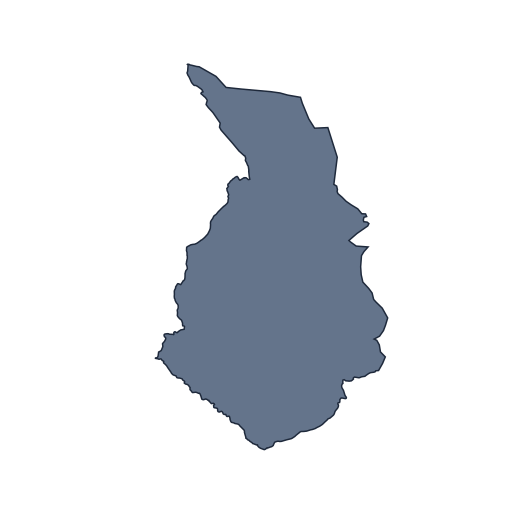 the district of Breznita-Ocol, Mehedinti, Romania, rotated 215°
{"feature_id": "2599482B17727183670261", "entity_name": "Breznita-Ocol", "entity_type": "district", "adm_level": 2, "iso_a3": "ROU", "parent_name": "Romania", "parent_adm1": "Mehedinti", "projection": "orthographic", "projection_center": [22.598, 44.702], "detail": "fine", "context": "isolated", "style": "filled", "palette": "slate", "viewbox_px": 512, "rotation_deg": 215, "n_neighbors": 0, "source": "geoboundaries", "source_scale": "gbopen_adm2", "svg_char_len": 6159}
<svg xmlns="http://www.w3.org/2000/svg" viewBox="0 0 512 512"><g transform="rotate(215 256 256)"><path d="M89.9,232.5L90.7,240.6L92.2,247.5L99.0,248.8L104.0,253.9L108.7,256.2L111.6,255.7L108.8,261.2L108.8,268.0L110.2,273.5L112.6,280.8L122.7,285.7L131.3,287.1L134.7,287.9L139.7,292.3L145.1,294.1L153.5,295.9L159.1,301.0L164.1,307.2L169.8,316.8L170.1,321.5L169.4,327.7L179.6,321.6L186.8,321.7L188.8,322.0L186.2,332.4L181.7,344.7L182.1,347.3L184.4,347.5L187.4,345.9L188.7,347.0L189.8,349.6L188.0,351.8L190.4,353.3L193.6,351.3L199.6,353.0L207.3,352.5L213.6,352.5L219.1,353.5L224.7,354.1L226.6,355.4L227.3,357.0L230.0,359.5L233.3,359.3L246.1,383.5L270.8,402.4L281.3,394.3L291.3,398.5L305.7,407.7L310.6,411.5L322.3,406.0L329.9,403.3L338.5,398.9L364.0,384.2L377.2,376.9L391.8,380.2L411.1,378.4L413.3,377.2L418.0,375.4L419.5,374.7L420.7,374.6L421.6,374.2L422.0,373.9L422.1,373.6L421.1,373.4L418.0,368.2L417.5,366.4L415.4,365.0L413.8,364.4L411.2,362.9L408.9,361.5L407.5,360.9L405.0,360.3L404.3,360.4L403.0,361.2L401.1,361.4L396.6,361.3L395.2,361.0L393.6,360.1L394.2,359.2L394.5,358.6L394.2,357.4L392.1,357.2L390.0,356.9L388.5,356.8L386.4,356.1L385.4,355.6L385.0,355.1L384.5,353.4L383.7,351.4L380.1,350.2L373.6,348.8L362.0,344.5L361.5,344.2L359.8,340.6L356.8,339.1L339.8,334.9L330.0,332.2L323.2,331.4L323.0,331.5L322.8,331.7L321.3,330.8L320.4,330.0L319.6,328.3L318.8,327.8L317.3,327.1L314.9,325.5L313.9,325.2L311.1,322.2L310.6,321.3L307.0,317.1L305.1,315.3L305.6,314.6L306.1,314.2L306.5,314.1L307.2,314.3L309.0,314.4L310.0,313.8L310.4,313.2L310.7,313.2L312.4,309.4L312.6,308.9L312.8,308.8L314.0,309.1L315.9,310.1L317.1,310.3L317.6,309.7L318.2,308.5L318.6,306.9L319.1,305.9L319.3,304.2L319.7,303.2L319.8,302.6L319.8,300.1L320.2,298.7L319.6,297.7L318.5,297.1L318.6,294.5L318.1,294.1L317.0,292.8L316.2,292.5L313.6,290.6L313.4,290.4L313.3,289.5L313.1,288.6L312.9,288.4L312.0,288.0L311.7,287.7L311.5,287.3L311.1,286.1L310.3,284.8L309.9,283.9L309.8,282.7L310.0,281.4L310.5,279.2L310.9,278.3L311.6,274.9L311.9,272.8L312.3,270.8L312.5,267.4L312.8,266.3L313.1,265.8L313.4,264.6L313.4,264.2L313.0,262.0L313.0,259.5L312.8,258.0L312.1,256.7L311.2,255.6L309.3,252.5L308.7,250.3L308.1,246.2L308.3,244.9L308.7,241.8L309.1,240.0L309.7,238.0L310.3,236.9L310.4,236.2L311.3,233.6L311.8,232.4L312.9,230.6L314.5,229.2L315.8,227.8L317.5,224.4L317.8,223.4L316.1,220.6L314.4,219.2L313.1,217.3L312.7,216.8L312.4,216.8L310.8,214.5L310.3,213.0L309.7,211.9L309.7,211.6L309.4,211.2L309.0,210.4L308.8,209.8L308.2,209.1L306.6,208.0L305.5,206.9L304.9,206.1L305.0,203.6L304.7,202.6L304.3,201.7L304.0,200.8L303.3,199.9L301.7,197.4L301.0,195.9L301.1,194.3L301.5,193.5L301.3,192.9L301.3,190.2L301.2,189.5L301.4,189.3L303.4,188.9L304.1,188.5L304.3,188.1L304.1,184.6L303.4,183.4L303.1,181.3L302.8,180.4L300.6,177.4L300.0,176.3L298.7,174.7L297.4,174.0L296.9,173.4L296.3,173.0L294.4,172.0L292.7,171.6L291.2,170.7L290.6,169.7L290.1,169.1L289.7,168.0L289.5,166.5L287.8,164.6L286.2,162.0L284.9,161.4L283.8,161.1L282.3,160.8L280.2,160.7L277.7,158.9L276.7,157.5L276.0,156.8L274.9,157.3L274.2,157.3L272.8,154.8L275.3,152.2L275.7,151.0L276.4,149.4L276.4,148.9L276.3,148.6L276.5,148.1L276.7,147.9L277.2,147.7L278.9,147.5L279.3,147.0L279.4,146.2L278.4,144.7L278.4,144.4L279.2,144.1L282.0,142.3L283.1,142.1L283.8,141.7L285.3,140.4L285.9,139.8L286.1,139.3L286.1,139.0L286.0,138.5L285.4,137.9L284.7,137.4L283.4,137.3L282.8,136.9L282.3,136.0L282.0,133.6L282.3,130.7L282.1,130.3L281.1,129.3L280.3,128.2L279.4,124.2L280.3,122.1L280.7,121.5L278.8,117.8L278.6,116.9L278.8,115.8L279.8,114.9L279.6,114.5L277.6,115.4L276.2,115.8L275.1,117.0L274.5,117.2L272.9,116.6L271.2,116.8L271.0,116.6L270.8,116.0L270.4,115.5L270.0,115.4L267.9,115.2L265.9,114.7L264.4,114.0L258.4,111.8L258.1,111.5L256.2,111.1L255.2,111.2L252.8,111.9L251.1,111.0L249.8,111.4L248.6,112.2L246.1,113.0L244.9,112.4L242.9,112.4L242.2,112.0L242.1,111.3L241.9,110.8L240.4,110.7L239.5,111.0L238.5,111.4L236.9,111.3L235.7,110.7L234.6,110.5L233.6,108.9L233.2,108.6L232.2,108.5L230.4,107.8L229.5,107.8L227.2,109.9L226.4,110.1L226.1,110.3L224.4,110.5L223.7,111.1L223.2,111.1L221.9,110.4L220.3,109.3L218.4,107.7L217.3,107.8L216.5,108.2L215.3,109.9L214.1,110.4L212.6,110.3L212.0,110.6L211.7,110.7L211.0,110.0L210.5,110.1L208.0,109.5L207.5,109.7L207.1,110.3L206.6,110.8L205.7,111.0L204.8,110.5L205.1,109.7L205.0,109.2L203.7,107.8L203.2,107.8L201.0,108.8L200.2,108.9L199.9,108.8L198.5,107.1L197.8,106.8L197.1,106.9L196.5,107.2L196.2,107.6L195.4,108.8L195.1,109.0L194.2,109.0L193.2,108.5L192.4,107.9L191.4,107.9L190.8,108.2L189.9,108.9L188.7,108.1L187.9,107.9L187.2,108.3L186.3,109.3L185.7,109.3L184.0,107.9L183.6,107.3L181.9,106.1L181.2,105.8L180.7,105.7L178.4,106.6L177.8,106.6L177.2,106.7L174.8,107.8L173.4,108.1L171.9,107.6L166.9,106.7L166.2,106.6L165.5,106.3L165.0,105.9L164.2,104.8L160.5,101.8L159.7,100.9L158.9,101.1L158.1,100.8L157.2,100.7L156.1,101.0L154.7,100.7L152.3,100.8L151.0,100.5L150.3,100.8L147.3,101.5L146.5,102.1L146.1,101.6L145.8,101.5L144.4,101.1L143.4,101.0L141.5,101.2L140.5,101.5L138.2,102.1L137.6,102.9L137.2,104.2L136.7,104.6L136.9,105.2L135.9,105.9L134.8,107.6L133.8,108.8L133.2,110.6L133.8,113.2L133.7,114.6L133.4,115.0L132.1,116.6L131.2,117.2L130.1,117.7L128.9,118.7L125.4,123.1L122.4,126.5L121.9,127.4L120.7,130.4L120.4,132.0L119.0,137.0L118.5,138.0L116.1,139.8L114.0,141.7L111.5,145.0L110.4,146.1L109.0,148.0L108.5,148.7L107.7,150.5L106.2,153.1L105.0,156.2L104.3,159.9L103.7,162.3L103.7,162.7L103.6,163.8L103.4,164.2L102.4,165.7L101.3,170.0L101.3,171.0L101.4,171.7L102.1,174.0L102.1,175.1L101.9,177.7L101.9,178.5L102.2,179.9L102.9,181.2L103.9,181.6L104.4,182.2L104.5,182.9L103.5,183.9L104.0,185.2L105.0,186.5L104.8,188.5L103.7,189.2L101.0,190.4L100.6,190.9L100.5,191.3L100.7,191.8L101.5,192.3L102.5,192.6L103.3,193.0L107.3,196.1L109.1,196.9L110.4,197.6L111.4,198.7L111.6,199.2L112.0,200.7L111.7,201.4L111.8,201.7L112.3,202.1L113.5,203.9L113.6,204.3L112.8,205.3L111.0,205.2L107.8,207.0L106.3,208.4L105.9,209.6L105.6,211.1L106.2,211.6L106.3,212.2L105.9,213.3L101.8,215.3L101.2,216.0L100.2,217.6L97.8,219.9L97.2,221.9L96.2,224.5L95.3,226.1L92.8,228.4L92.0,229.5L92.1,230.6L89.9,232.5Z" fill="#64748b" stroke="#1e293b" stroke-width="1.5"/></g></svg>